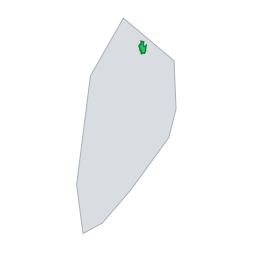 Morne Gomier, Laborie, Saint Lucia (highlighted), rotated 185°
{"feature_id": "8701671B16290064127769", "entity_name": "Morne Gomier", "entity_type": "district", "adm_level": 2, "iso_a3": "LCA", "parent_name": "Saint Lucia", "parent_adm1": "Laborie", "projection": "natural_earth1", "projection_center": [-60.992, 13.765], "detail": "fine", "context": "in_parent", "style": "filled", "palette": "green", "viewbox_px": 256, "rotation_deg": 185, "n_neighbors": 0, "source": "geoboundaries", "source_scale": "gbopen_adm2", "svg_char_len": 1390}
<svg xmlns="http://www.w3.org/2000/svg" viewBox="0 0 256 256"><g transform="rotate(185 128 128)"><path d="M170.0,176.5L142.2,237.0L88.0,199.0L81.8,151.2L86.5,122.1L119.7,66.8L145.5,30.9L163.6,19.0L174.2,66.7L170.0,176.5Z" fill="#d9dde1" stroke="#a8b0b8" stroke-width="1"/><path d="M119.9,215.3L120.7,215.3L122.6,215.5L122.5,215.3L122.3,212.6L122.5,212.5L122.6,212.4L122.8,212.2L123.0,212.2L123.3,212.2L123.5,212.2L123.6,211.9L123.5,211.7L123.8,211.5L123.8,211.4L123.9,211.2L124.0,211.2L124.1,210.9L124.2,210.7L124.2,210.4L124.1,210.2L123.9,210.0L123.8,209.9L123.7,209.8L123.7,209.7L123.6,209.4L123.6,209.2L123.4,209.0L123.4,208.9L123.3,208.7L123.2,208.6L123.1,208.4L123.1,208.2L123.0,207.9L122.9,207.9L122.8,207.7L122.7,207.4L122.6,207.5L122.5,207.4L122.4,207.4L122.4,207.2L122.5,207.1L122.4,207.1L122.1,206.9L122.1,206.7L122.3,206.4L122.3,206.2L122.3,205.9L122.2,205.8L122.1,205.7L121.9,205.7L121.9,205.8L121.7,205.9L121.6,205.7L121.6,205.4L121.6,205.2L121.4,204.9L121.2,204.8L121.3,204.7L121.4,204.4L121.2,204.3L121.2,204.2L121.3,204.0L121.4,203.9L121.2,203.8L121.0,203.7L120.9,203.6L120.9,203.4L120.8,203.2L120.1,203.9L118.1,203.9L117.4,205.8L117.3,208.8L117.2,211.9L117.3,211.8L117.3,211.7L117.2,211.6L117.3,211.5L117.3,211.4L117.4,211.2L117.4,210.9L117.5,210.7L119.2,210.7L119.3,210.8L119.6,211.3L120.0,211.7L119.9,215.3Z" fill="#22c55e" stroke="#15803d" stroke-width="1.5"/></g></svg>